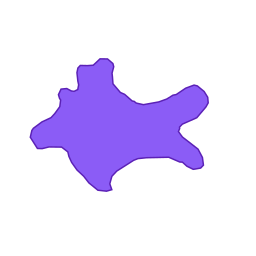 San Lucas Sacatepéquez, Sacatepéquez, Guatemala (Mercator projection), rotated 318°
{"feature_id": "79465075B92764455721704", "entity_name": "San Lucas Sacatepéquez", "entity_type": "district", "adm_level": 2, "iso_a3": "GTM", "parent_name": "Guatemala", "parent_adm1": "Sacatepéquez", "projection": "mercator", "projection_center": [-90.646, 14.595], "detail": "fine", "context": "isolated", "style": "filled", "palette": "violet", "viewbox_px": 256, "rotation_deg": 318, "n_neighbors": 0, "source": "geoboundaries", "source_scale": "gbopen_adm2", "svg_char_len": 1094}
<svg xmlns="http://www.w3.org/2000/svg" viewBox="0 0 256 256"><g transform="rotate(318 128 128)"><path d="M134.4,49.6L130.9,49.9L127.1,52.7L122.1,59.6L120.2,62.9L116.4,65.8L112.5,64.7L110.7,62.6L108.9,57.7L104.3,54.3L98.6,56.7L96.9,60.3L96.7,62.1L91.6,66.5L83.1,68.3L77.7,68.8L68.2,65.9L57.5,64.9L54.9,65.5L49.2,69.5L47.0,82.6L50.4,85.9L56.6,89.2L65.9,97.8L67.3,105.5L65.1,109.5L63.1,115.8L62.0,125.1L62.8,134.1L62.2,142.7L64.0,154.1L69.8,160.6L74.7,163.0L77.1,157.3L83.7,153.1L90.9,152.5L110.6,155.8L114.9,157.4L121.9,162.5L138.7,177.0L143.7,187.9L145.6,189.8L146.2,195.8L148.8,202.3L150.4,203.4L155.2,206.4L159.2,206.1L163.6,199.7L165.9,190.6L162.4,171.1L163.1,164.4L166.0,163.0L166.9,161.8L171.0,161.5L186.0,166.4L200.0,164.5L204.4,163.0L207.8,158.5L209.0,151.8L207.7,143.1L205.8,140.3L197.5,137.0L186.2,135.4L183.4,133.7L176.2,132.4L168.3,129.2L155.1,121.0L150.8,115.0L150.4,112.3L149.2,110.8L148.0,100.7L146.1,96.5L146.4,85.1L150.8,79.4L152.8,76.6L158.4,72.9L159.9,70.0L159.0,63.0L153.5,57.9L144.2,58.1L139.6,54.5L134.4,49.6Z" fill="#8b5cf6" stroke="#5b21b6" stroke-width="1.5"/></g></svg>